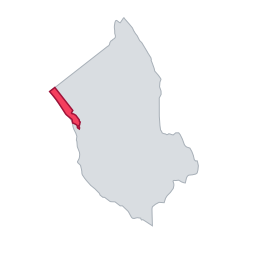 location of Namayingo within Uganda, rotated 142°
{"feature_id": "UGA-5614", "entity_name": "Namayingo", "entity_type": "District", "adm_level": 1, "iso_a3": "UGA", "parent_name": "Uganda", "parent_adm1": "", "projection": "equal_earth", "projection_center": [33.828, -0.264], "detail": "fine", "context": "in_parent", "style": "filled", "palette": "rose", "viewbox_px": 256, "rotation_deg": 142, "n_neighbors": 0, "source": "natural_earth", "source_scale": "10m", "svg_char_len": 2737}
<svg xmlns="http://www.w3.org/2000/svg" viewBox="0 0 256 256"><g transform="rotate(142 128 128)"><path d="M167.3,204.9L164.6,204.9L160.4,204.9L156.1,204.9L151.8,204.9L147.5,204.9L143.3,204.9L139.0,204.9L134.7,204.9L130.4,204.9L126.2,204.9L121.9,204.9L117.6,204.9L113.4,204.9L109.1,204.9L104.8,204.9L100.5,204.9L96.3,204.9L93.7,204.9L93.2,204.8L92.9,204.7L91.3,205.1L89.6,206.5L87.8,207.1L85.9,206.9L85.7,207.1L84.7,207.0L83.4,206.9L82.1,207.3L81.1,208.5L80.2,210.7L78.4,213.1L77.1,215.3L75.9,216.8L73.2,219.3L71.8,220.1L71.0,220.0L70.6,219.5L69.8,216.3L69.3,215.7L64.1,217.4L63.3,217.4L63.4,216.4L63.0,208.8L62.9,204.1L63.6,201.2L64.0,197.9L64.0,194.9L65.0,189.8L64.6,186.8L65.9,176.2L66.2,174.4L66.7,169.3L67.4,167.7L68.1,167.1L69.0,164.0L70.7,158.9L71.9,156.3L71.6,150.7L71.8,146.8L72.1,146.0L74.6,144.5L77.8,141.0L79.2,136.8L81.2,134.1L84.9,132.4L96.1,118.0L101.3,110.3L103.6,106.3L103.6,104.9L104.1,103.0L103.2,101.5L102.1,100.2L101.7,99.0L100.8,98.4L99.5,98.4L98.6,97.5L97.6,95.8L96.6,94.7L93.4,94.8L91.0,93.0L91.0,90.6L92.0,85.8L93.8,80.3L93.9,78.8L93.7,77.5L93.2,76.4L92.4,75.3L91.6,74.0L92.2,70.1L93.4,66.2L94.3,64.3L95.3,62.1L95.0,60.4L93.7,59.5L94.4,57.8L95.8,54.9L98.7,51.9L101.2,50.0L102.9,50.0L106.1,51.5L109.1,53.4L110.7,53.5L112.6,52.7L116.7,49.4L117.7,50.5L118.9,52.4L120.2,55.7L122.7,57.2L123.9,58.3L124.8,58.6L125.3,58.3L126.3,55.7L127.4,54.3L129.6,52.5L134.4,51.1L137.8,50.7L139.3,50.4L141.7,49.5L145.5,46.9L149.3,50.3L153.4,51.0L157.3,50.9L158.5,49.9L159.2,49.1L163.4,43.5L169.0,35.9L172.7,46.6L174.0,47.2L173.9,48.2L173.5,49.1L176.0,51.7L179.0,53.0L180.1,54.3L180.2,55.8L179.2,62.0L179.4,63.8L180.3,70.1L182.1,71.5L183.7,77.8L186.9,80.5L187.4,81.3L188.2,84.3L189.1,87.7L189.9,88.5L190.4,88.7L191.3,92.2L190.8,94.2L191.5,100.3L192.7,105.7L193.1,112.2L193.1,115.1L193.0,116.8L192.8,119.3L192.2,120.7L191.2,122.1L190.0,124.3L189.0,126.6L188.4,127.8L188.9,131.3L188.8,132.2L188.5,132.6L187.0,133.2L185.2,134.1L184.0,135.1L182.4,136.8L181.2,138.8L179.5,144.4L176.6,148.8L176.1,150.3L173.4,152.9L172.3,156.1L171.5,160.1L170.5,163.0L168.2,166.9L167.7,173.0L167.8,185.4L167.2,199.4L167.3,204.9Z" fill="#d9dde1" stroke="#a8b0b8" stroke-width="1"/><path d="M167.3,205.0L165.3,205.0L160.9,205.0L160.7,205.0L160.7,175.8L163.3,174.7L163.3,173.8L162.2,172.5L161.3,170.1L161.4,164.5L162.1,163.4L162.1,162.8L162.1,162.6L162.0,162.1L163.1,161.3L163.9,160.5L164.7,160.0L165.5,160.1L165.7,158.7L166.2,157.8L167.0,157.2L167.5,158.6L167.6,159.4L167.3,160.0L166.9,160.5L166.6,161.4L166.7,162.3L167.3,163.8L168.0,165.2L168.4,165.8L168.6,166.1L168.4,166.4L167.0,168.9L166.9,169.6L167.7,172.9L168.4,176.2L168.5,177.5L168.0,182.6L167.4,189.3L167.1,194.0L167.1,198.4L167.3,205.0Z" fill="#f43f5e" stroke="#9f1239" stroke-width="1.5"/></g></svg>